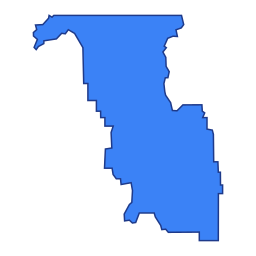 Bannock, Idaho, United States of America
{"feature_id": "52423323B14195379184896", "entity_name": "Bannock", "entity_type": "district", "adm_level": 2, "iso_a3": "USA", "parent_name": "United States of America", "parent_adm1": "Idaho", "projection": "orthographic", "projection_center": [-112.285, 42.639], "detail": "fine", "context": "isolated", "style": "filled", "palette": "blue", "viewbox_px": 256, "rotation_deg": 0, "n_neighbors": 0, "source": "geoboundaries", "source_scale": "gbopen_adm2", "svg_char_len": 1239}
<svg xmlns="http://www.w3.org/2000/svg" viewBox="0 0 256 256"><path d="M33.5,36.0L37.4,39.4L34.1,47.4L36.2,49.6L38.4,46.5L43.8,43.6L43.9,40.8L56.4,38.9L61.7,33.3L65.3,33.8L68.3,29.7L74.6,33.4L82.9,47.6L83.7,83.5L87.9,83.5L87.9,100.5L96.4,100.5L96.4,111.2L100.6,111.2L100.7,117.6L104.9,117.6L104.9,126.1L113.2,126.1L111.1,132.5L111.8,148.0L105.4,149.0L104.5,168.2L112.1,168.2L113.1,174.5L116.3,178.8L120.5,178.8L121.1,184.5L131.1,182.7L132.5,190.6L131.8,202.4L129.4,204.5L124.2,214.1L124.6,220.9L129.4,220.2L132.4,223.0L135.7,222.5L139.3,213.0L154.2,213.0L155.3,216.9L160.7,225.4L161.8,229.6L165.7,229.2L168.3,232.3L199.3,232.1L199.3,240.6L218.3,240.6L218.4,193.6L222.6,193.6L222.6,185.0L220.5,185.0L220.4,172.2L218.3,172.2L217.9,161.8L213.7,161.8L213.4,134.4L212.3,130.1L207.0,129.1L207.0,117.6L202.7,117.6L204.7,112.9L202.3,111.2L201.9,104.8L182.9,104.9L177.0,110.8L172.4,110.5L170.6,102.6L165.6,95.2L164.8,91.7L163.9,83.6L165.3,77.8L167.9,77.7L169.2,71.7L166.1,66.4L165.8,57.4L162.9,52.0L166.3,47.7L164.2,46.2L167.7,38.3L173.0,36.2L177.4,36.5L176.0,29.8L181.3,27.9L183.7,24.6L181.5,15.4L53.8,15.4L52.0,17.2L49.1,15.4L48.6,18.2L42.8,24.6L35.5,25.0L36.7,29.6L33.4,32.5L33.5,36.0Z" fill="#3b82f6" stroke="#1e3a8a" stroke-width="1.5"/></svg>